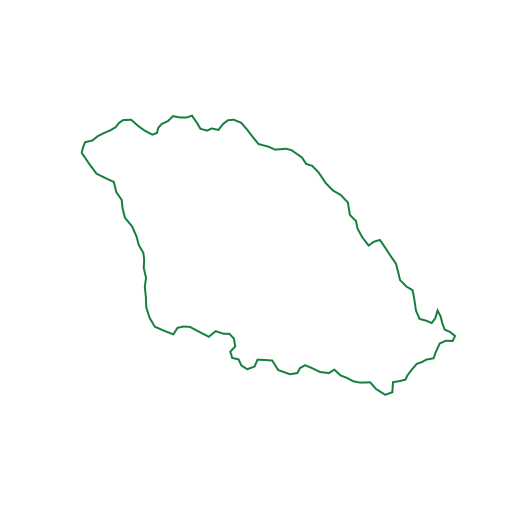 Divino de São Lourenço, Espírito Santo, Brazil, rotated 327°
{"feature_id": "56859067B39988087600480", "entity_name": "Divino de São Lourenço", "entity_type": "district", "adm_level": 2, "iso_a3": "BRA", "parent_name": "Brazil", "parent_adm1": "Espírito Santo", "projection": "equal_earth", "projection_center": [-41.721, -20.586], "detail": "fine", "context": "isolated", "style": "outline", "palette": "green", "viewbox_px": 512, "rotation_deg": 327, "n_neighbors": 0, "source": "geoboundaries", "source_scale": "gbopen_adm2", "svg_char_len": 1897}
<svg xmlns="http://www.w3.org/2000/svg" viewBox="0 0 512 512"><g transform="rotate(327 256 256)"><path d="M368.7,370.0L365.5,363.5L363.7,354.6L365.8,348.7L369.2,338.8L368.9,328.6L368.9,318.0L368.6,310.0L362.6,308.2L356.2,308.6L355.3,298.5L356.1,288.2L358.9,281.2L357.1,272.7L362.2,261.2L360.3,251.0L356.2,242.9L354.2,233.0L354.0,220.0L352.2,210.9L348.2,206.1L348.2,198.5L345.7,192.2L343.3,186.4L339.6,182.4L334.9,179.9L330.0,177.2L325.8,170.9L319.1,163.5L318.1,154.7L317.4,145.6L316.1,136.1L311.4,129.4L306.4,126.9L300.4,127.3L293.2,129.8L288.3,124.9L283.3,124.2L278.7,119.1L279.0,111.1L278.7,103.4L273.1,102.0L267.4,98.2L262.6,93.5L255.6,94.9L248.8,93.9L243.9,95.3L239.9,98.9L235.2,97.8L231.0,90.4L228.2,83.4L225.5,73.8L218.7,69.7L213.8,69.7L208.5,71.5L202.5,71.3L195.6,70.1L188.4,69.3L181.7,70.0L174.7,67.5L170.0,70.7L166.0,74.6L166.3,88.1L167.1,100.2L172.6,109.4L177.1,116.4L173.6,126.5L173.9,135.8L170.2,143.1L166.9,152.5L168.2,163.8L166.4,174.7L163.7,182.8L163.2,192.0L160.3,198.0L155.3,205.0L151.9,214.4L145.9,221.4L141.2,230.6L136.0,239.3L133.1,250.0L132.6,260.1L138.1,268.5L144.0,276.7L151.0,273.5L156.7,275.6L161.9,279.4L167.2,288.9L172.4,298.0L181.3,297.1L186.3,303.4L191.3,306.8L192.5,313.2L189.3,320.5L182.3,322.3L180.5,328.6L185.1,333.2L184.1,339.8L187.0,346.2L194.6,347.9L200.8,343.8L207.7,348.7L212.7,352.5L212.5,363.7L220.0,373.6L226.9,376.7L231.8,374.0L237.6,374.3L241.5,379.9L246.6,388.2L253.3,393.9L259.8,394.0L261.9,402.3L266.1,408.1L269.3,414.0L274.4,418.9L283.0,424.2L284.2,432.9L288.8,442.8L296.2,444.5L302.2,436.4L308.4,439.2L313.9,441.1L318.2,438.5L325.2,436.0L332.3,434.0L337.3,435.3L342.5,435.7L349.2,438.5L354.0,434.8L362.4,429.4L369.2,430.5L374.6,434.4L379.4,431.5L377.3,425.2L374.1,420.5L375.7,413.6L377.9,407.3L378.6,400.6L372.4,405.9L366.8,407.9L363.7,403.2L358.9,397.8L360.5,388.7L365.2,378.5L368.7,370.0Z" fill="none" stroke="#15803d" stroke-width="2"/></g></svg>